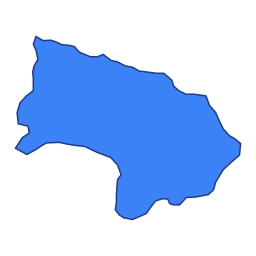 Tymvou, Cyprus (Albers equal-area conic projection)
{"feature_id": "46923920B59196916955997", "entity_name": "Tymvou", "entity_type": "district", "adm_level": 2, "iso_a3": "CYP", "parent_name": "Cyprus", "parent_adm1": "", "projection": "albers", "projection_center": [33.506, 35.133], "detail": "fine", "context": "isolated", "style": "filled", "palette": "blue", "viewbox_px": 256, "rotation_deg": 0, "n_neighbors": 0, "source": "geoboundaries", "source_scale": "gbopen_adm2", "svg_char_len": 1117}
<svg xmlns="http://www.w3.org/2000/svg" viewBox="0 0 256 256"><path d="M36.0,36.5L33.3,44.3L36.2,50.7L37.9,59.4L33.9,66.4L32.7,72.2L33.3,78.0L33.3,90.7L26.4,95.9L20.0,102.9L17.1,112.8L17.8,119.1L18.3,123.8L28.1,126.1L29.2,133.1L22.3,137.7L15.4,148.2L26.9,154.5L36.2,149.3L41.4,145.8L46.6,142.9L59.3,142.4L67.3,144.1L74.3,145.3L84.7,146.4L96.8,152.2L110.7,157.5L117.6,165.0L121.1,174.9L117.6,179.5L117.0,185.9L116.4,195.2L116.4,202.7L115.3,209.7L119.3,214.9L124.1,218.0L124.3,217.8L132.5,219.5L146.2,213.6L151.1,206.7L155.6,200.9L162.6,198.7L162.8,198.7L163.8,198.9L167.7,198.9L169.7,203.6L173.8,204.9L179.6,204.8L186.4,197.5L196.2,196.9L208.3,194.6L213.5,189.9L215.8,181.8L223.3,169.6L231.4,162.1L239.5,155.1L240.6,143.5L234.9,138.9L229.1,135.4L223.3,129.0L218.7,119.7L215.8,112.8L209.4,105.2L206.0,95.9L193.8,94.2L185.8,94.2L178.8,90.7L173.6,86.1L171.9,80.3L163.8,73.3L156.9,73.3L139.0,71.0L133.2,67.5L125.1,65.8L117.0,61.7L111.3,60.6L103.2,54.4L96.9,56.9L89.9,56.6L84.4,54.3L79.2,52.1L74.4,46.6L69.6,45.4L61.8,44.7L55.5,41.7L50.7,40.2L43.0,40.6L36.0,36.5Z" fill="#3b82f6" stroke="#1e3a8a" stroke-width="1.5"/></svg>